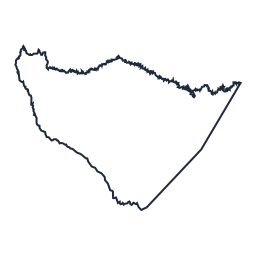 Pastaza, Pastaza, Ecuador
{"feature_id": "8360857B89599541187452", "entity_name": "Pastaza", "entity_type": "district", "adm_level": 2, "iso_a3": "ECU", "parent_name": "Ecuador", "parent_adm1": "Pastaza", "projection": "equal_earth", "projection_center": [-77.325, -1.952], "detail": "fine", "context": "isolated", "style": "outline", "palette": "slate", "viewbox_px": 256, "rotation_deg": 0, "n_neighbors": 0, "source": "geoboundaries", "source_scale": "gbopen_adm2", "svg_char_len": 5487}
<svg xmlns="http://www.w3.org/2000/svg" viewBox="0 0 256 256"><path d="M38.6,49.7L37.8,52.9L37.1,53.7L33.8,53.7L32.0,55.0L30.4,55.0L30.1,54.3L29.2,54.8L26.4,53.0L26.0,50.7L24.1,50.0L25.0,48.8L23.4,46.1L22.9,46.9L23.4,47.3L23.0,48.2L21.1,49.4L20.7,50.3L20.9,51.4L20.1,52.4L20.4,52.9L20.5,55.0L19.7,56.3L18.9,56.5L18.9,58.4L18.5,58.7L17.8,58.2L16.0,60.3L15.9,63.5L15.4,64.9L16.5,66.6L16.9,68.8L17.8,70.0L17.8,71.4L17.4,72.1L17.8,73.1L18.6,72.4L19.5,80.2L21.6,81.9L22.8,82.1L23.2,81.7L24.0,85.7L24.6,86.0L24.9,86.9L25.5,87.0L25.4,88.1L25.9,88.9L27.8,89.4L28.1,90.3L27.6,90.9L28.3,91.9L28.7,93.7L29.6,95.3L30.8,95.5L31.5,97.9L31.2,104.6L31.6,104.8L32.7,103.7L32.4,105.3L33.1,105.8L32.7,107.5L33.1,108.8L33.8,109.3L33.4,110.9L34.8,113.8L34.1,114.1L33.9,114.9L35.2,115.3L36.6,118.0L36.5,122.6L37.1,124.6L38.4,125.6L39.5,125.7L39.6,128.1L41.3,130.6L45.1,132.0L45.6,134.7L46.8,137.1L48.8,137.3L51.4,140.4L52.9,140.3L53.7,139.3L56.0,139.2L57.2,140.6L58.2,140.7L59.6,143.4L61.2,143.0L63.4,143.5L64.6,144.5L66.2,144.5L66.6,145.8L67.9,147.0L69.3,147.2L70.4,148.5L72.5,148.9L77.3,152.8L80.5,153.9L86.1,158.4L87.3,158.4L88.2,161.5L91.7,166.5L95.1,167.8L97.6,171.5L101.3,173.2L104.7,177.0L105.0,180.1L107.9,183.6L110.1,190.1L112.3,190.9L112.9,191.6L113.1,198.0L113.9,198.2L116.0,197.5L118.0,203.0L119.7,201.8L119.9,203.4L120.6,204.2L121.8,203.9L122.6,202.9L123.7,204.6L124.2,203.9L127.5,203.3L128.1,202.1L129.4,201.5L130.0,202.3L130.3,204.0L131.7,204.9L133.5,202.7L135.9,204.1L137.0,203.1L138.6,207.1L141.3,209.9L146.7,207.4L201.2,149.5L240.6,82.9L239.4,82.5L239.4,84.0L238.9,84.2L238.5,82.7L237.4,83.1L236.4,82.6L236.3,84.0L235.2,82.3L233.5,82.4L234.0,83.7L233.4,84.2L233.6,85.5L231.6,86.3L231.8,87.1L231.3,87.5L230.7,86.8L229.7,87.9L229.7,89.3L228.7,88.3L228.0,88.3L229.1,89.9L227.9,89.6L227.0,91.2L226.5,91.1L226.7,89.6L226.2,89.0L225.6,89.5L226.3,90.4L225.9,91.3L224.4,91.5L222.9,90.3L222.5,88.7L223.5,88.7L222.8,87.7L222.8,86.8L223.8,87.3L224.1,86.9L223.4,86.7L222.9,85.5L222.1,87.7L221.6,87.7L221.9,86.1L221.2,87.1L220.6,87.0L220.3,87.8L220.9,89.2L220.3,90.0L219.7,89.8L220.1,88.3L219.3,89.2L218.5,88.7L218.5,89.8L217.7,90.2L217.0,92.5L215.9,92.7L215.4,93.4L215.1,92.6L214.8,93.3L213.7,93.4L212.6,92.1L213.0,93.9L212.8,94.5L212.3,94.2L212.2,91.6L211.5,92.6L211.3,91.8L209.7,90.5L209.2,91.0L208.6,90.7L208.7,89.8L208.2,88.8L208.9,88.2L208.0,86.5L206.9,86.4L207.1,85.2L204.6,85.0L204.1,86.4L201.9,87.0L200.7,89.8L199.9,89.7L199.7,90.5L199.2,89.6L198.4,89.9L197.3,89.5L197.1,90.4L196.0,90.6L196.0,89.7L195.5,89.0L195.0,90.0L192.1,91.0L191.8,91.5L192.9,92.0L194.8,95.9L194.0,97.2L192.9,96.4L193.3,95.5L193.1,94.9L190.5,94.2L191.3,91.3L191.1,90.5L190.2,90.2L190.1,91.7L187.4,90.1L187.4,89.2L189.2,88.7L188.3,88.1L188.7,87.3L187.9,85.8L187.6,86.8L186.5,86.2L186.0,86.7L185.9,87.3L186.6,88.1L186.7,88.9L185.9,89.4L185.0,89.2L184.6,88.2L183.4,88.6L183.9,87.3L183.6,86.4L183.0,86.7L182.6,87.9L181.9,87.0L179.4,88.0L178.9,87.0L178.0,87.0L179.0,85.4L178.0,84.7L178.4,83.0L177.1,83.0L176.6,83.9L175.9,82.7L176.4,80.7L175.9,81.9L174.7,82.4L173.5,81.9L173.1,79.9L172.6,81.3L171.7,80.6L171.3,81.3L170.2,81.2L169.0,82.2L169.1,81.0L168.2,80.3L167.9,78.7L167.6,79.8L166.5,80.6L165.4,79.0L163.8,80.6L163.7,79.9L164.3,79.3L164.0,78.8L161.9,78.9L161.5,78.0L160.7,78.0L160.8,77.0L160.3,76.6L159.5,78.2L159.2,78.0L159.5,77.0L159.2,76.4L158.3,77.8L158.1,77.1L155.6,75.1L154.9,72.9L154.0,72.6L152.9,73.3L152.9,71.7L152.2,72.2L151.8,71.2L150.3,71.1L150.0,71.8L150.6,73.4L150.2,73.9L149.7,72.2L148.9,72.0L148.5,71.2L147.5,71.8L147.4,69.8L146.6,70.6L144.9,69.6L145.4,68.5L145.2,67.9L144.6,68.7L142.6,68.5L142.4,66.2L141.2,67.3L141.5,66.2L140.5,65.6L140.4,64.1L139.9,64.3L139.8,66.1L139.4,66.4L139.4,64.7L139.1,64.3L138.9,65.2L138.4,65.2L137.9,63.5L137.5,63.7L137.7,64.9L137.3,65.4L136.6,65.0L136.4,63.1L135.9,64.8L135.3,64.5L135.3,63.2L134.8,63.1L134.3,64.7L133.7,63.8L132.7,64.0L131.7,63.4L131.6,61.6L131.2,63.9L130.5,64.4L130.3,63.8L131.0,63.3L130.9,62.6L129.6,62.6L129.0,61.9L128.6,62.7L126.8,62.7L126.0,61.1L125.5,62.0L125.1,62.0L125.0,60.1L122.9,60.7L121.9,58.5L120.0,58.1L118.5,55.9L118.1,56.3L118.5,57.3L117.4,57.3L117.6,57.8L117.0,58.0L117.6,58.6L117.1,58.9L113.9,59.9L113.0,59.6L112.0,60.9L111.7,60.3L111.2,61.4L109.8,61.6L109.3,62.4L109.4,61.2L108.6,62.1L108.0,61.0L107.6,61.9L107.0,61.6L107.1,62.2L105.9,63.5L105.9,64.3L105.1,64.5L104.9,63.9L103.6,63.9L102.9,64.5L102.2,64.3L101.9,65.5L101.6,64.6L100.8,65.4L99.6,65.5L99.7,66.2L98.7,66.6L97.8,69.2L97.3,68.4L96.5,68.6L96.7,69.1L96.1,68.9L95.9,69.7L95.0,68.6L94.6,69.9L93.0,69.7L92.6,68.9L91.4,69.1L91.1,68.6L90.6,68.9L90.9,69.5L90.4,69.6L90.4,68.5L89.7,70.3L89.3,70.2L89.3,70.9L88.9,70.5L88.4,71.5L87.7,71.4L88.1,72.3L87.1,72.2L86.1,73.7L85.6,73.1L85.0,73.9L83.2,72.7L82.9,71.6L82.5,71.6L82.2,71.3L82.4,72.0L81.8,71.9L81.0,73.0L81.3,73.4L80.5,73.4L80.6,74.0L80.2,73.2L79.3,73.5L78.4,72.4L77.7,73.2L77.6,71.9L77.1,72.3L76.7,71.3L76.5,72.1L75.4,72.3L74.9,72.0L75.1,71.4L74.7,71.0L74.1,71.3L73.6,70.7L73.2,71.1L72.6,70.2L71.6,71.4L71.3,70.7L70.8,71.3L70.2,69.6L68.6,71.3L68.1,72.6L66.6,72.4L66.1,72.9L64.1,70.8L63.1,71.3L62.6,70.3L62.0,70.9L61.7,70.2L60.8,71.1L59.9,71.1L59.8,70.4L58.8,70.4L57.4,69.2L56.3,69.5L56.3,68.8L55.4,69.2L55.0,68.7L55.0,69.2L54.0,69.1L53.2,68.0L53.1,68.8L52.6,68.9L51.3,67.8L50.5,68.1L49.9,67.2L48.1,68.5L48.0,69.2L46.6,67.7L46.9,66.3L46.5,65.5L47.6,63.5L47.8,62.3L47.7,61.2L46.1,59.3L46.2,57.3L45.2,55.6L45.3,52.3L43.2,52.4L42.2,54.8L41.3,54.9L40.2,52.5L39.4,52.0L39.4,50.5L38.6,49.7Z" fill="none" stroke="#1e293b" stroke-width="2"/></svg>